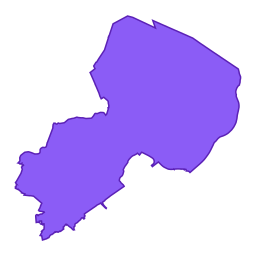 Leudal, Limburg, Netherlands
{"feature_id": "6326949B97609854971564", "entity_name": "Leudal", "entity_type": "district", "adm_level": 2, "iso_a3": "NLD", "parent_name": "Netherlands", "parent_adm1": "Limburg", "projection": "mercator", "projection_center": [5.85, 51.234], "detail": "fine", "context": "isolated", "style": "filled", "palette": "violet", "viewbox_px": 256, "rotation_deg": 0, "n_neighbors": 0, "source": "geoboundaries", "source_scale": "gbopen_adm2", "svg_char_len": 5554}
<svg xmlns="http://www.w3.org/2000/svg" viewBox="0 0 256 256"><path d="M239.4,85.0L239.5,84.2L240.0,82.6L240.2,79.7L240.5,78.9L240.6,77.1L240.5,76.5L240.1,75.6L239.4,73.8L239.1,72.4L239.0,71.7L238.3,69.0L213.3,52.2L199.3,42.7L192.8,38.1L152.8,20.5L155.4,28.0L132.8,17.4L127.6,16.0L113.1,23.8L109.1,35.9L109.0,36.0L108.8,36.0L108.3,37.4L108.5,37.5L104.5,50.0L98.9,58.5L96.6,62.2L96.0,62.3L93.7,66.0L93.8,66.3L95.0,68.7L90.2,72.5L90.3,72.7L90.2,72.7L92.8,78.6L95.3,84.4L95.2,84.5L96.2,86.6L99.0,93.2L99.6,95.1L99.9,96.1L101.2,98.8L101.4,98.7L103.4,97.4L103.8,97.3L107.5,100.5L108.2,101.4L108.3,101.8L108.2,101.8L108.3,103.3L108.8,105.4L108.8,106.8L108.7,107.1L108.7,107.3L108.7,107.7L108.0,107.8L108.2,108.8L108.2,109.2L106.9,113.4L106.9,113.8L105.7,115.2L104.2,113.1L103.7,112.7L103.0,112.5L100.3,112.4L97.5,113.5L97.1,113.6L95.6,113.4L95.1,113.5L94.7,113.9L93.4,116.0L91.8,117.9L91.3,118.2L85.9,118.5L82.9,117.8L80.8,117.8L78.1,117.5L77.1,117.2L76.6,117.2L74.0,118.2L71.8,118.5L70.9,118.8L68.6,119.3L68.3,119.4L64.5,122.6L64.0,122.8L59.7,123.5L59.3,123.4L58.2,123.0L57.2,123.9L56.5,124.1L56.0,123.9L55.3,123.3L55.0,123.1L54.5,123.2L53.8,123.8L53.7,123.6L53.1,124.6L53.0,125.7L52.9,126.2L52.9,127.3L52.9,127.2L52.8,128.2L47.4,142.5L47.2,142.7L46.5,145.9L46.2,146.5L45.9,147.0L45.4,147.3L44.6,147.5L44.1,147.5L43.0,147.3L42.5,147.4L42.1,147.6L41.0,148.3L40.4,149.0L40.3,149.3L40.1,149.7L40.1,150.2L40.1,151.7L40.0,152.3L39.8,152.8L39.3,153.3L38.5,153.7L37.5,153.9L34.8,154.0L31.6,152.7L28.7,151.8L28.1,151.8L25.2,152.2L24.7,152.3L21.2,155.0L20.6,155.7L19.8,157.6L19.8,158.3L19.9,160.5L19.8,161.0L19.5,161.4L18.4,162.6L18.4,162.8L18.1,163.0L19.2,163.3L20.1,164.1L20.4,163.9L21.9,163.3L21.8,163.9L22.2,165.2L22.4,165.2L24.0,164.8L22.2,166.3L22.2,166.5L21.5,167.1L22.3,169.3L21.0,173.3L16.0,182.1L15.9,182.0L15.5,182.4L15.6,182.6L15.6,182.8L16.4,183.9L16.8,184.4L16.4,184.3L16.2,185.7L16.1,186.9L15.4,186.9L15.4,188.2L15.4,188.3L18.2,189.6L18.3,189.4L21.9,192.6L21.7,192.9L24.9,193.9L24.1,195.1L29.2,195.7L30.8,195.7L33.6,196.2L41.8,203.2L40.6,205.7L40.7,205.8L39.7,208.3L38.6,210.2L38.9,210.4L39.1,211.0L39.3,211.1L40.5,211.3L42.3,211.5L44.0,211.8L44.3,212.3L43.1,213.1L42.0,214.0L41.7,214.1L40.9,214.0L38.6,214.9L38.3,215.1L38.3,215.4L38.0,215.3L37.8,215.4L37.3,214.7L37.1,214.6L36.4,214.7L35.8,215.5L35.7,216.0L36.2,222.5L36.9,222.4L37.3,222.2L38.1,222.1L38.2,222.3L38.6,222.2L38.8,222.3L39.8,222.9L39.6,222.2L39.5,221.1L41.5,221.0L41.8,223.9L41.3,223.9L41.1,224.1L41.9,224.3L42.7,224.8L43.2,223.8L44.0,223.8L44.2,227.2L44.1,227.6L44.1,229.1L43.6,229.4L43.1,230.0L42.4,230.4L41.5,231.4L42.1,231.8L40.9,234.1L40.1,235.5L41.7,235.8L42.5,240.0L43.0,239.8L43.3,239.8L43.6,239.5L44.0,239.6L45.7,239.0L46.0,239.0L46.6,238.7L47.0,238.6L47.4,238.2L47.5,238.1L47.8,237.9L48.3,237.9L48.9,237.6L49.0,237.4L49.1,237.1L49.4,236.7L49.6,236.4L49.7,236.0L50.1,235.4L50.9,234.8L51.4,234.6L51.7,234.6L51.8,234.4L52.1,234.4L52.2,234.2L53.1,233.7L53.5,233.5L53.6,233.4L53.7,233.1L54.4,232.6L54.7,232.1L55.0,232.3L55.5,232.1L55.7,231.8L55.9,231.9L56.0,232.1L56.4,231.8L56.6,231.7L57.4,232.0L57.7,231.9L57.9,232.1L58.1,232.0L58.5,232.1L58.8,231.8L59.6,231.4L59.9,231.1L60.1,231.1L60.4,231.4L60.5,231.4L63.7,229.0L63.2,228.2L63.6,227.8L63.3,227.0L64.2,226.3L64.9,225.4L65.7,224.4L66.4,225.0L66.8,224.4L69.2,226.5L71.2,227.9L72.4,229.2L73.3,230.0L74.3,229.8L74.1,229.5L74.0,229.3L73.9,228.0L74.0,226.8L74.3,226.7L74.9,226.1L74.9,224.5L75.2,223.8L75.8,223.4L77.4,222.5L78.7,221.1L80.4,219.8L80.8,219.3L81.2,218.4L81.7,217.9L82.2,217.7L82.7,218.1L83.0,218.2L83.6,218.8L83.9,219.0L84.5,218.3L84.1,218.2L83.7,217.7L85.0,216.0L84.5,215.7L84.6,215.0L84.4,213.9L96.1,205.9L96.6,205.4L97.0,205.1L97.7,204.7L99.0,204.1L100.6,203.1L101.6,204.3L102.5,205.1L105.1,207.7L106.1,208.5L106.4,208.0L105.1,206.8L103.6,205.0L103.3,204.5L102.7,203.5L102.8,203.3L102.3,202.4L104.2,201.0L104.5,200.9L104.7,200.7L104.9,200.3L104.9,200.2L106.3,199.0L109.8,196.4L110.2,196.0L124.1,186.4L123.9,186.1L124.0,186.0L123.2,184.8L121.0,182.8L120.8,182.6L120.4,181.8L119.4,180.8L119.3,180.1L119.7,178.4L119.8,178.1L120.2,177.5L120.5,177.1L122.1,175.8L122.7,174.8L122.9,174.3L123.7,171.5L123.7,171.0L123.3,169.9L123.3,169.5L124.9,166.4L126.0,165.0L127.8,162.4L127.8,162.0L127.8,161.5L127.9,161.2L129.0,159.4L131.3,156.9L132.7,155.8L134.4,155.1L136.3,154.1L137.4,153.2L139.5,155.0L141.5,152.4L141.6,152.5L142.1,152.4L148.1,155.4L149.7,156.3L152.2,157.9L153.1,158.6L153.7,159.5L154.1,160.5L154.2,161.3L154.2,162.1L153.9,163.2L153.3,163.9L151.5,165.4L152.4,166.6L158.4,162.0L161.6,165.2L163.0,166.4L164.2,167.2L167.5,168.8L168.1,169.0L168.8,169.2L170.7,169.4L173.6,169.3L173.8,169.0L174.4,169.6L175.0,169.0L175.6,169.0L178.1,168.9L180.9,169.0L181.1,169.2L181.3,169.1L181.7,169.0L183.6,169.2L184.1,169.4L184.3,169.8L184.4,169.7L184.3,169.4L184.3,169.1L185.2,169.3L186.0,169.4L186.1,169.6L186.1,170.0L186.2,170.5L186.2,171.0L186.3,171.0L186.3,170.8L188.8,171.3L190.0,172.5L199.6,164.1L202.1,161.8L204.2,159.6L205.7,157.7L207.6,155.1L209.3,152.6L210.7,150.0L213.3,144.7L213.5,144.1L214.3,142.5L215.8,141.2L218.0,138.5L219.5,137.3L219.4,137.3L219.5,137.2L220.9,136.6L223.3,135.8L225.3,134.9L226.9,134.0L228.2,133.1L229.1,132.3L231.6,129.9L232.6,128.6L233.7,127.1L234.4,125.8L235.1,124.5L236.0,122.5L236.6,119.9L236.9,118.6L237.3,115.1L238.3,110.8L239.0,107.1L239.0,105.2L238.9,104.1L238.6,102.5L238.4,101.9L236.6,97.4L236.3,96.6L236.2,95.9L236.3,94.5L236.0,93.8L235.8,92.7L235.8,91.1L236.0,90.4L236.3,89.4L236.8,88.1L237.4,87.1L237.9,86.3L238.5,85.7L239.4,85.0Z" fill="#8b5cf6" stroke="#5b21b6" stroke-width="1.5"/></svg>